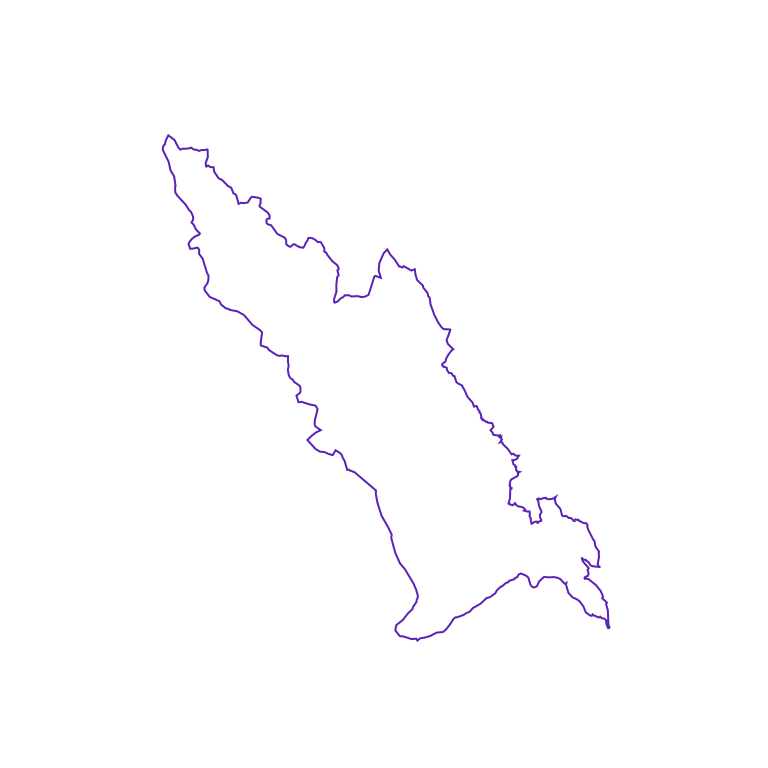 Toplita, Hunedoara, Romania (Robinson projection), rotated 63°
{"feature_id": "2599482B44400437971593", "entity_name": "Toplita", "entity_type": "district", "adm_level": 2, "iso_a3": "ROU", "parent_name": "Romania", "parent_adm1": "Hunedoara", "projection": "robinson", "projection_center": [22.735, 45.666], "detail": "fine", "context": "isolated", "style": "outline", "palette": "violet", "viewbox_px": 768, "rotation_deg": 63, "n_neighbors": 0, "source": "geoboundaries", "source_scale": "gbopen_adm2", "svg_char_len": 6145}
<svg xmlns="http://www.w3.org/2000/svg" viewBox="0 0 768 768"><g transform="rotate(63 384 384)"><path d="M604.4,482.5L608.7,485.8L615.3,484.5L616.4,483.7L617.5,481.6L623.8,475.2L625.6,470.9L627.8,470.7L627.0,467.4L628.4,462.9L629.5,457.5L629.4,449.9L631.8,444.0L630.9,440.3L627.9,433.8L625.1,429.2L624.3,426.3L625.2,424.2L625.9,417.9L625.5,414.5L625.8,411.1L624.0,406.5L623.6,397.8L621.4,390.2L622.0,385.8L620.9,379.6L619.1,377.3L617.6,371.8L617.9,370.7L616.6,365.6L617.0,363.7L616.2,362.0L617.1,356.5L616.4,355.2L616.6,353.1L614.8,350.2L615.0,348.0L619.3,344.4L622.1,343.3L629.1,344.6L631.1,344.4L633.4,342.9L633.7,339.8L630.3,335.3L628.5,329.0L631.2,324.8L633.2,320.2L635.6,317.2L637.9,315.5L643.7,313.8L644.2,313.4L644.1,311.9L645.2,312.9L653.8,314.5L659.7,312.9L663.4,309.9L666.3,308.4L672.4,307.3L679.2,307.9L684.0,305.3L684.7,304.4L684.1,302.7L685.1,302.8L686.1,301.3L688.9,299.4L689.7,298.1L689.4,297.1L691.6,296.2L692.9,294.4L695.4,293.3L698.4,294.7L703.1,295.2L703.5,294.9L703.4,293.7L700.3,293.3L687.3,287.3L680.8,286.0L680.0,284.6L673.9,286.9L673.0,285.3L666.8,284.9L659.2,286.5L651.2,290.1L649.3,291.9L648.8,293.5L648.1,293.6L647.3,292.5L647.4,289.3L645.8,287.8L641.9,286.9L641.1,285.2L632.5,287.3L628.3,286.8L631.2,286.0L632.3,284.0L633.4,284.0L635.2,282.7L639.4,282.3L641.1,280.8L645.4,274.3L644.0,275.5L641.6,275.4L635.6,270.9L632.2,269.5L631.2,268.5L625.1,269.4L619.1,267.7L617.7,268.2L606.8,268.2L603.2,267.6L602.4,266.8L600.0,266.9L598.6,269.2L594.4,272.3L593.3,272.4L593.4,272.9L591.6,274.8L591.9,276.4L592.5,276.5L592.0,277.2L588.3,278.2L587.2,280.2L584.4,281.4L583.2,284.3L582.0,285.0L575.4,283.6L568.6,285.2L564.0,284.2L562.5,282.2L562.9,285.2L561.9,288.9L559.8,291.5L558.9,291.4L558.1,293.8L557.6,297.2L556.1,298.1L556.2,299.9L558.7,299.8L562.8,301.2L569.3,301.6L569.9,302.0L571.3,304.5L574.2,305.6L576.8,305.6L577.3,306.2L576.8,309.2L578.2,310.4L576.4,310.0L575.9,310.4L575.2,312.3L575.5,315.9L571.0,314.8L570.6,314.2L567.7,314.3L566.5,313.2L563.6,312.2L562.9,313.9L560.3,316.8L559.8,315.2L557.9,315.7L555.7,317.5L554.3,319.6L552.0,321.1L549.6,321.4L550.5,324.2L548.1,326.9L547.2,326.5L546.8,327.2L543.2,323.7L534.9,319.1L535.2,317.9L534.7,317.6L534.2,318.7L531.7,317.6L531.4,318.1L527.7,315.4L526.8,314.0L526.7,307.1L525.6,305.5L523.9,305.1L523.9,303.2L522.5,304.9L520.6,305.4L517.9,303.8L517.5,304.6L516.1,304.1L514.4,305.1L510.1,304.2L511.0,302.2L511.0,299.4L509.1,296.3L508.2,298.3L507.0,299.6L504.9,300.3L504.6,302.3L498.3,303.1L491.2,305.5L490.3,305.1L488.9,305.8L488.7,307.1L487.1,304.2L485.8,304.5L484.1,303.4L484.1,305.0L483.7,305.2L482.3,303.9L481.9,305.3L482.3,305.7L481.6,305.9L478.9,309.7L476.7,309.3L473.6,310.1L471.8,305.8L468.0,305.4L465.6,309.0L464.5,309.2L464.3,310.2L462.6,310.7L461.4,311.9L460.4,311.9L460.7,312.5L458.1,312.9L457.8,312.3L454.3,311.3L452.5,311.9L451.7,311.2L449.4,311.9L446.5,311.4L445.5,311.6L445.0,314.1L440.8,313.5L433.5,315.4L424.7,315.0L423.2,315.4L421.0,315.0L416.6,318.1L414.7,318.6L409.0,317.6L408.3,318.6L405.0,319.0L403.7,321.1L400.5,321.5L397.9,320.8L395.7,322.7L395.7,323.2L393.5,323.7L392.3,322.3L392.0,319.2L389.6,317.1L386.7,312.7L384.6,308.0L384.5,306.5L377.2,308.9L373.5,308.4L365.9,300.3L365.4,300.4L362.1,306.0L359.6,307.0L353.5,307.8L345.5,307.8L334.2,306.4L327.7,304.1L326.0,304.7L322.4,303.9L315.8,305.3L314.1,304.6L306.4,307.3L301.0,306.3L295.7,304.5L295.3,308.1L287.9,313.0L288.5,314.5L288.3,315.2L286.2,316.6L286.2,317.1L278.0,318.0L271.5,319.7L265.6,320.0L267.4,325.0L274.1,333.2L280.6,337.3L288.0,338.6L283.8,342.6L283.9,343.9L297.2,356.9L297.6,357.8L297.5,361.3L296.6,364.2L293.7,367.7L291.1,373.5L289.1,374.8L287.2,378.7L288.0,380.8L288.1,383.8L289.4,387.9L289.2,390.8L288.6,391.3L285.6,389.9L280.2,384.5L274.3,381.6L267.7,377.4L266.5,375.0L261.5,373.9L261.2,372.5L260.4,371.8L256.9,371.7L251.4,374.2L243.2,375.9L241.0,375.8L238.7,377.1L237.4,376.1L235.3,375.5L228.9,375.9L227.3,378.6L224.5,379.7L221.5,381.7L219.7,384.5L219.7,385.3L221.9,387.6L222.2,388.9L225.0,392.3L225.9,394.2L223.5,397.4L218.6,400.5L218.4,401.7L219.3,404.4L218.9,405.6L217.8,406.5L215.0,407.6L211.4,405.9L208.6,406.0L201.8,410.9L191.3,412.5L189.3,414.8L187.6,415.5L184.5,414.4L183.9,412.7L184.6,410.8L181.8,409.4L178.3,409.8L169.6,414.2L168.4,413.9L167.0,412.0L162.9,409.7L160.9,411.6L157.3,416.4L157.5,418.0L160.4,423.1L159.0,427.3L157.6,429.1L157.5,431.8L148.9,430.0L147.7,430.2L145.7,431.6L139.8,431.0L136.8,433.1L128.9,435.6L125.5,438.0L117.8,438.9L113.5,437.4L111.8,440.4L109.5,441.5L109.7,443.5L109.2,443.8L105.9,442.4L101.9,438.0L95.2,434.8L94.5,435.4L94.1,437.8L92.7,440.2L92.4,442.9L90.0,444.9L88.6,447.2L85.8,448.6L85.2,452.1L82.8,456.9L82.7,459.1L79.9,459.9L71.4,459.9L64.5,463.3L68.0,467.9L71.0,470.5L71.8,472.7L74.7,474.8L88.2,475.0L96.8,477.2L103.8,476.7L112.8,479.8L114.3,481.1L118.6,483.0L122.6,482.6L134.0,479.3L140.2,478.8L143.3,477.8L148.2,478.1L150.8,479.4L152.8,482.2L155.4,481.3L161.3,481.3L166.3,479.7L167.0,481.1L166.8,485.7L167.5,489.3L169.2,493.0L170.6,494.6L175.5,495.3L176.7,492.6L177.7,488.5L178.6,487.9L180.8,487.8L184.0,489.7L190.1,488.7L204.8,491.3L207.4,491.1L210.7,492.7L213.7,495.1L216.7,500.5L219.4,501.2L227.2,499.8L235.6,493.0L239.2,493.1L245.0,490.5L246.5,488.4L247.9,487.8L252.6,481.7L259.1,477.4L271.4,474.5L279.7,470.0L282.7,469.2L290.9,474.9L293.1,476.1L294.2,476.0L298.4,471.6L301.7,471.0L309.7,466.4L311.6,464.2L312.1,462.2L314.4,459.3L315.6,456.9L320.5,459.4L324.5,460.7L327.8,463.3L333.2,464.9L336.1,464.8L338.8,463.3L341.2,463.2L347.4,459.9L349.7,460.2L353.3,462.2L354.0,463.7L354.5,467.2L361.4,468.5L362.7,465.3L368.3,459.7L371.4,455.7L372.4,454.8L375.7,454.5L378.0,456.0L385.0,462.2L388.6,464.1L390.3,464.5L396.4,461.3L396.3,466.7L397.3,471.9L399.1,477.7L410.9,474.5L415.4,471.6L417.4,468.1L421.1,465.2L424.1,462.0L421.1,457.2L425.4,454.6L428.0,453.8L431.4,454.3L434.5,454.0L443.8,455.8L444.5,454.0L445.3,453.9L449.4,450.2L475.2,439.5L478.2,441.2L487.1,443.8L500.4,446.0L513.4,445.3L521.7,445.5L524.4,447.4L539.4,450.6L551.0,451.2L558.6,449.4L575.1,448.3L581.5,448.7L587.5,449.8L590.0,451.1L590.8,452.6L593.0,454.1L595.7,459.1L597.5,460.9L599.4,467.2L602.8,474.3L604.4,482.5Z" fill="none" stroke="#5b21b6" stroke-width="2"/></g></svg>